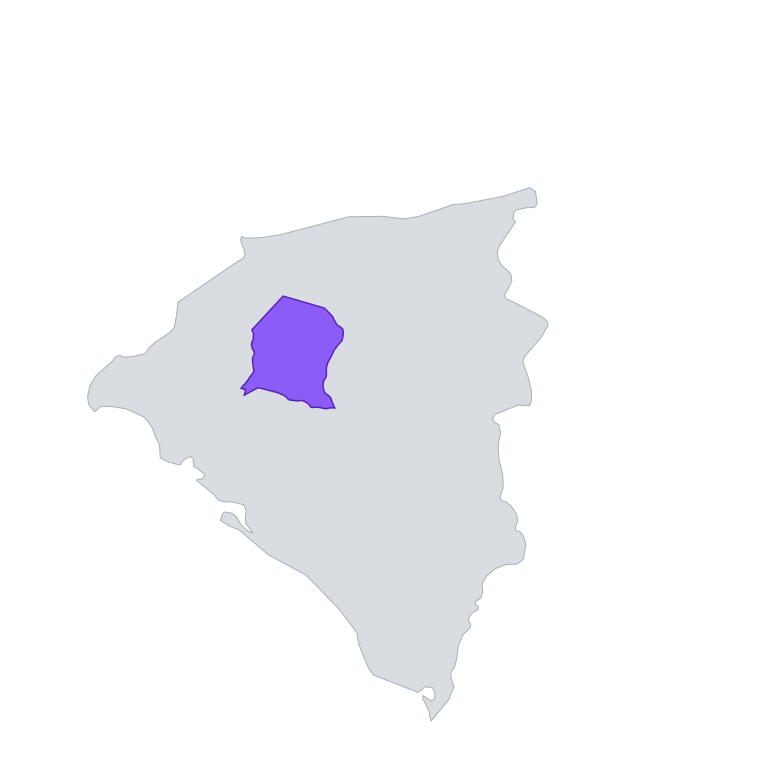 location of Chontales within Nicaragua, rotated 126°
{"feature_id": "NIC-669", "entity_name": "Chontales", "entity_type": "Department", "adm_level": 1, "iso_a3": "NIC", "parent_name": "Nicaragua", "parent_adm1": "", "projection": "mercator", "projection_center": [-85.042, 12.14], "detail": "fine", "context": "in_parent", "style": "filled", "palette": "violet", "viewbox_px": 768, "rotation_deg": 126, "n_neighbors": 0, "source": "natural_earth", "source_scale": "10m", "svg_char_len": 3773}
<svg xmlns="http://www.w3.org/2000/svg" viewBox="0 0 768 768"><g transform="rotate(126 384 384)"><path d="M628.9,147.8L625.8,151.9L622.5,154.6L615.6,168.0L613.2,169.2L612.7,159.3L608.6,158.0L603.7,161.6L601.1,166.6L605.3,173.3L609.0,173.4L613.5,175.2L625.6,221.1L623.0,229.2L615.5,241.9L608.3,252.7L601.2,259.5L592.4,288.3L584.4,335.0L590.1,377.0L587.2,415.7L589.7,424.8L590.5,436.2L584.6,438.2L581.3,437.9L577.9,430.9L578.3,424.7L581.8,417.5L583.2,407.8L581.6,402.7L578.1,413.8L572.0,418.8L568.0,420.5L564.1,426.1L568.2,436.7L573.5,444.5L575.3,450.0L573.3,456.6L572.1,479.2L570.2,478.6L568.3,475.5L562.7,475.3L562.0,484.4L562.5,489.5L557.7,493.4L556.0,497.3L559.9,500.1L564.2,501.7L569.5,501.3L573.9,512.5L575.2,521.6L565.1,529.9L561.7,536.9L555.9,545.3L552.7,553.5L551.8,559.4L555.7,578.2L562.6,591.5L568.5,599.9L576.3,601.8L574.4,610.7L568.6,616.3L557.9,621.0L546.2,621.9L527.0,617.4L519.2,616.9L516.1,614.5L515.2,610.2L509.7,603.6L499.6,594.9L493.8,595.5L484.3,593.6L468.6,587.6L461.3,586.9L450.9,592.0L438.8,598.7L409.5,588.2L388.9,580.9L370.4,574.2L365.5,571.7L361.5,572.2L358.0,575.7L354.0,581.9L352.7,583.6L350.5,585.3L348.1,585.8L348.0,582.8L339.0,570.7L324.6,556.0L269.5,510.9L249.3,483.9L238.4,464.5L228.0,454.4L198.3,433.7L191.4,425.4L161.9,397.7L139.4,381.5L139.1,374.6L148.4,365.9L152.9,366.3L157.8,372.5L165.8,379.5L169.6,379.6L175.1,376.3L175.3,373.0L205.4,371.7L210.9,369.9L216.3,364.7L219.1,357.6L219.6,350.7L220.7,345.8L225.6,341.0L234.4,339.5L241.2,339.0L243.3,335.8L241.2,325.3L237.5,299.9L236.8,292.8L238.0,287.5L240.8,285.6L254.2,284.3L279.5,286.4L284.4,284.8L294.5,270.4L304.0,259.7L310.7,255.0L316.0,253.5L322.1,263.0L343.5,276.5L347.1,275.7L349.3,274.9L349.9,273.0L349.6,266.7L354.9,261.1L366.0,256.0L377.1,247.0L388.3,234.1L398.1,226.5L406.3,224.2L409.4,220.7L407.5,215.9L408.1,209.1L411.4,200.3L416.2,195.2L422.5,193.8L424.9,191.1L423.6,186.9L424.9,182.3L430.5,174.8L444.1,168.4L451.8,170.6L458.2,179.2L467.3,185.1L479.1,188.2L488.2,187.0L494.7,181.6L500.6,180.0L505.8,182.1L508.5,180.9L508.8,176.4L511.5,175.3L516.6,177.8L521.1,178.4L525.0,177.2L526.6,175.0L527.3,172.8L530.3,171.0L540.4,172.7L551.8,170.1L564.5,163.2L572.9,160.1L577.0,160.9L582.0,157.4L587.7,149.6L600.9,146.1L628.9,147.8Z" fill="#d9dde1" stroke="#a8b0b8" stroke-width="1"/><path d="M415.0,434.8L415.7,434.8L417.3,434.5L420.4,432.9L422.0,431.7L423.2,430.5L425.0,428.2L425.6,427.0L425.9,425.7L426.0,421.6L426.1,420.4L426.4,419.5L426.8,418.6L430.9,412.5L432.3,409.7L434.9,413.5L438.1,416.4L438.7,417.5L441.1,422.8L443.3,426.3L444.8,427.7L445.5,428.9L445.7,429.6L445.6,430.3L444.9,431.8L444.6,433.1L444.5,435.0L445.0,438.6L445.5,440.4L446.3,441.8L447.1,442.6L447.8,443.2L448.5,443.9L452.3,450.8L452.7,452.5L452.0,454.9L452.1,458.6L453.6,465.2L460.5,482.7L461.2,483.8L475.1,490.5L470.8,492.3L470.0,493.0L470.1,493.5L470.2,493.8L471.0,495.3L471.5,497.1L467.4,497.0L466.1,496.7L465.6,496.5L465.2,496.4L464.8,496.4L463.2,496.5L462.8,496.5L461.8,496.2L461.4,496.3L459.2,496.6L451.2,496.5L450.6,496.6L450.1,496.8L449.7,497.3L442.6,504.0L439.8,505.8L435.2,506.8L433.6,509.3L433.3,510.0L433.2,510.6L433.0,510.9L432.5,511.4L432.3,511.7L432.2,511.9L432.1,512.1L431.3,512.9L430.8,513.6L430.5,514.2L430.1,514.5L429.4,514.8L427.4,515.6L426.9,515.7L426.6,515.6L426.1,515.4L425.4,515.7L424.4,516.2L422.3,517.8L420.6,518.6L420.1,519.0L419.9,519.3L417.9,522.7L372.2,517.3L357.6,476.7L359.5,465.6L360.0,464.5L361.0,462.9L361.1,462.7L361.3,462.4L363.6,457.3L363.8,456.5L363.8,455.7L363.6,453.7L363.6,451.0L363.7,450.3L363.9,449.8L364.8,448.6L365.3,448.1L368.1,446.0L372.2,444.0L373.7,443.5L374.9,443.6L377.6,444.0L380.8,444.1L385.4,444.3L393.2,442.9L399.1,442.2L403.5,440.7L404.8,440.0L411.1,435.6L412.8,434.9L413.9,434.7L415.0,434.8Z" fill="#8b5cf6" stroke="#5b21b6" stroke-width="1.5"/></g></svg>